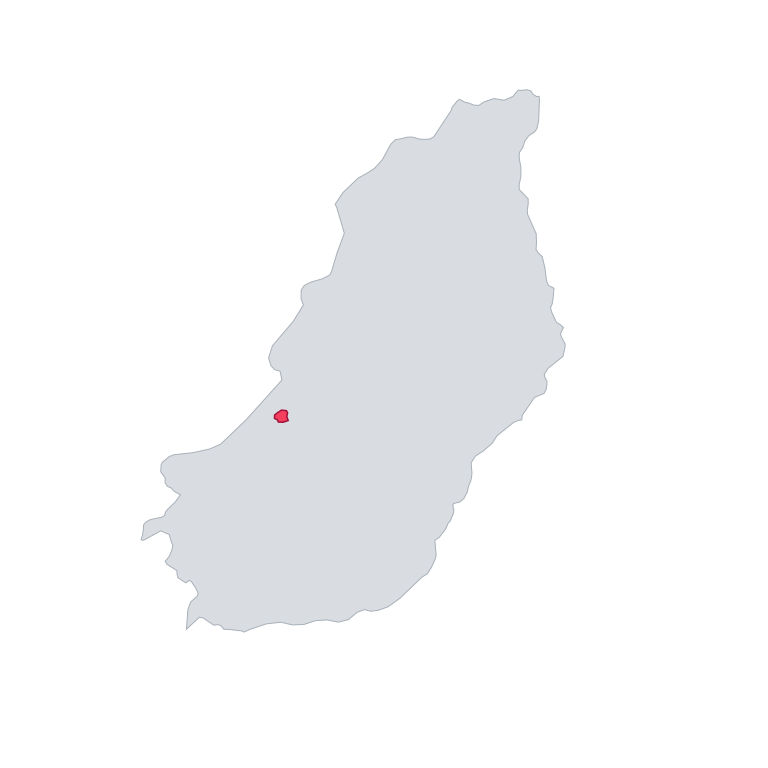 where Tatabánya sits in Hungary, rotated 315°
{"feature_id": "HUN-4906", "entity_name": "Tatabánya", "entity_type": "Urban county", "adm_level": 1, "iso_a3": "HUN", "parent_name": "Hungary", "parent_adm1": "", "projection": "natural_earth1", "projection_center": [18.448, 47.563], "detail": "fine", "context": "in_parent", "style": "filled", "palette": "rose", "viewbox_px": 768, "rotation_deg": 315, "n_neighbors": 0, "source": "natural_earth", "source_scale": "10m", "svg_char_len": 2935}
<svg xmlns="http://www.w3.org/2000/svg" viewBox="0 0 768 768"><g transform="rotate(315 384 384)"><path d="M627.6,236.5L636.3,235.6L636.7,235.7L638.8,236.3L640.3,241.7L640.6,242.1L642.8,245.7L644.8,250.4L648.0,254.0L654.8,255.5L663.7,260.0L669.6,268.3L678.3,271.8L678.9,271.9L680.6,271.5L686.8,271.2L688.1,272.9L693.1,277.0L695.1,280.6L694.2,284.4L695.2,288.7L697.1,290.2L694.8,293.1L679.0,307.6L672.8,311.5L668.6,312.3L662.0,310.8L655.2,311.9L649.1,315.0L643.5,316.0L639.4,319.7L634.0,327.6L627.3,334.3L620.6,338.5L617.1,342.2L616.9,355.0L613.2,358.7L608.1,362.5L605.4,365.8L597.9,385.3L592.1,391.6L586.6,396.4L585.8,400.8L585.9,405.9L579.7,415.9L571.6,426.4L570.0,430.7L571.9,436.5L564.0,443.1L559.5,446.3L555.7,447.8L553.3,452.0L549.5,462.2L550.6,466.7L550.8,470.9L544.0,473.4L542.1,477.9L540.5,483.7L537.7,486.2L530.1,491.0L511.2,488.9L504.1,490.5L502.0,493.9L501.6,496.6L499.3,499.2L495.0,502.4L490.6,503.8L480.8,499.9L459.7,503.9L456.0,506.8L453.1,504.7L448.5,502.8L427.4,500.5L419.0,502.4L407.9,501.7L397.5,499.6L389.9,501.3L383.1,509.3L379.7,512.0L377.1,513.7L371.3,516.2L366.4,519.3L359.9,521.4L354.2,521.1L348.7,517.7L346.7,518.5L345.0,521.7L342.0,524.4L333.8,527.7L331.7,527.7L331.3,527.7L325.0,530.1L314.6,531.5L309.4,530.5L300.0,541.7L297.1,543.7L288.1,547.1L280.8,548.8L274.5,547.5L272.0,547.3L244.0,546.8L229.4,544.4L220.0,540.0L213.8,535.2L210.8,529.8L203.6,526.5L192.1,525.4L183.3,520.1L176.9,510.6L168.4,503.0L157.5,497.5L148.9,489.6L142.6,479.5L131.2,470.4L114.8,462.3L109.8,460.6L108.8,458.0L100.8,447.9L97.4,444.2L97.7,439.2L96.2,436.4L93.2,434.4L91.7,427.2L90.8,421.9L88.6,418.4L70.9,417.7L85.8,404.9L93.2,401.4L101.7,402.0L104.5,400.8L105.2,399.0L106.7,394.8L107.4,390.9L108.2,387.2L107.3,385.1L103.2,384.4L101.3,375.3L103.4,371.9L105.6,369.5L103.1,358.4L103.9,354.6L110.5,354.0L116.1,351.6L120.6,348.9L121.9,345.5L125.6,338.5L122.3,330.0L103.2,324.4L102.2,322.3L106.7,319.9L111.4,316.4L114.2,313.7L117.9,313.3L123.1,314.7L132.3,320.9L135.8,321.8L139.2,320.0L142.9,319.6L153.1,319.8L161.7,318.4L159.8,311.8L159.9,307.0L158.5,303.2L159.4,299.0L162.9,295.7L164.0,288.3L169.4,283.4L171.9,282.6L181.3,283.5L183.6,284.8L185.0,285.1L200.0,297.2L214.2,306.4L225.9,311.0L243.0,311.4L261.3,311.8L291.7,310.2L314.6,309.0L316.1,306.8L319.6,301.3L316.8,296.6L317.0,291.2L320.8,284.0L332.1,278.1L364.4,275.5L382.9,271.1L385.7,265.0L391.8,259.1L397.4,257.9L405.1,260.6L414.5,265.9L422.6,268.6L427.4,266.9L443.7,258.0L462.5,249.4L475.3,226.0L476.6,222.3L490.7,219.6L511.2,220.1L521.7,223.1L529.7,224.8L541.5,224.2L558.5,219.2L564.8,219.3L569.8,222.9L575.2,226.0L578.9,229.7L581.7,235.0L583.2,237.0L585.6,239.7L590.0,243.4L594.2,244.4L625.7,237.9L627.6,236.5Z" fill="#d9dde1" stroke="#a8b0b8" stroke-width="1"/><path d="M295.4,336.3L292.3,338.2L290.4,342.1L285.6,339.7L282.4,336.2L283.3,333.9L282.2,330.9L284.7,328.6L288.4,329.0L293.1,330.0L296.2,333.9L295.4,336.3Z" fill="#f43f5e" stroke="#9f1239" stroke-width="1.5"/></g></svg>